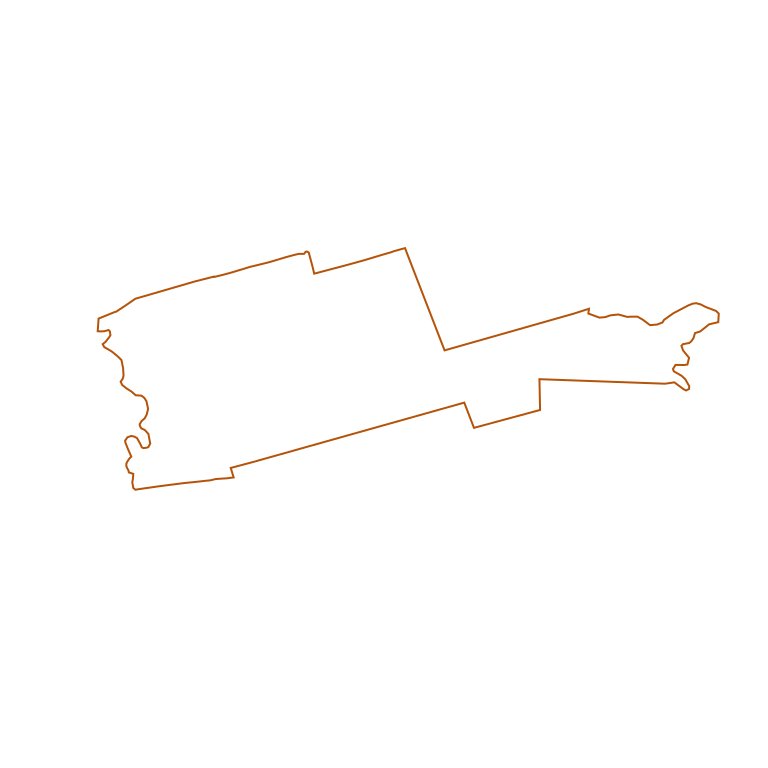 the district of Branceni, Teleorman, Romania, rotated 201°
{"feature_id": "2599482B72114382845229", "entity_name": "Branceni", "entity_type": "district", "adm_level": 2, "iso_a3": "ROU", "parent_name": "Romania", "parent_adm1": "Teleorman", "projection": "natural_earth1", "projection_center": [25.36, 43.857], "detail": "fine", "context": "isolated", "style": "outline", "palette": "amber", "viewbox_px": 768, "rotation_deg": 201, "n_neighbors": 0, "source": "geoboundaries", "source_scale": "gbopen_adm2", "svg_char_len": 2213}
<svg xmlns="http://www.w3.org/2000/svg" viewBox="0 0 768 768"><g transform="rotate(201 384 384)"><path d="M103.0,571.2L111.5,571.2L116.9,571.8L121.5,571.3L124.5,569.7L127.8,566.7L139.1,553.9L145.5,544.3L146.1,541.2L150.3,537.4L156.7,534.3L165.6,536.8L171.5,537.7L177.2,535.5L181.0,533.8L190.1,532.9L197.3,529.2L201.3,525.8L206.6,523.2L218.5,523.0L219.2,526.1L219.6,527.7L231.8,517.9L339.5,437.1L413.1,518.4L422.4,511.5L424.3,509.8L431.8,504.1L448.1,491.5L461.8,481.4L488.7,462.0L488.9,462.3L493.1,468.4L499.2,476.8L501.2,479.6L501.7,479.9L501.8,479.9L502.3,479.9L502.9,480.0L504.1,479.8L504.7,479.0L504.9,478.1L505.1,477.1L505.8,476.6L508.2,475.7L510.1,475.0L513.4,472.8L520.7,467.5L534.8,456.6L547.0,448.1L551.1,445.3L558.6,439.4L561.5,437.2L565.7,433.9L573.2,428.4L581.0,423.0L581.3,423.3L597.4,411.9L646.7,374.5L653.4,364.7L659.9,355.6L661.2,354.7L669.5,346.9L673.9,342.8L670.2,330.7L667.7,331.4L663.9,333.1L660.5,335.7L658.7,334.8L656.9,331.5L657.3,329.3L659.0,323.7L660.9,320.4L658.4,318.2L655.0,317.7L649.9,316.8L642.8,314.5L637.7,312.3L633.2,305.2L630.1,298.3L629.8,295.2L630.7,291.8L628.1,289.3L623.1,287.7L616.9,286.4L611.8,284.5L606.3,286.2L602.9,285.2L599.6,282.8L595.3,276.2L594.6,270.5L595.1,266.2L597.0,262.6L597.7,258.9L596.8,257.3L594.7,255.6L591.0,255.4L586.1,253.0L580.9,244.6L581.4,240.7L583.0,239.3L585.8,237.9L587.4,238.1L590.7,241.3L595.2,245.0L598.4,245.4L601.4,244.9L604.4,242.3L605.4,238.4L604.5,236.7L599.8,231.6L593.9,225.6L595.0,223.2L595.8,219.7L596.0,217.2L595.1,215.0L593.5,213.3L591.6,211.7L590.5,210.0L585.9,210.3L585.6,209.5L584.7,206.6L583.7,201.8L582.5,200.0L580.8,197.1L579.6,196.7L578.2,196.2L575.5,197.8L557.4,207.9L546.8,213.6L544.0,215.1L534.5,220.2L526.3,224.3L514.5,230.4L511.8,231.7L507.0,235.0L496.4,239.9L490.9,242.9L497.0,250.7L478.5,264.1L302.4,395.4L284.3,375.3L229.0,415.7L240.6,444.2L121.7,485.0L113.5,489.6L102.5,486.5L99.7,486.2L97.4,488.7L98.3,491.4L104.3,496.3L109.0,498.3L118.0,499.7L119.6,501.6L118.7,506.3L110.6,509.3L107.7,510.9L108.6,517.8L116.8,522.5L120.0,526.2L119.2,528.3L113.7,531.7L112.4,534.1L111.5,537.7L111.9,543.0L107.7,546.3L101.8,556.3L94.1,561.5L96.7,569.7L100.1,571.2L103.0,571.2Z" fill="none" stroke="#b45309" stroke-width="2"/></g></svg>